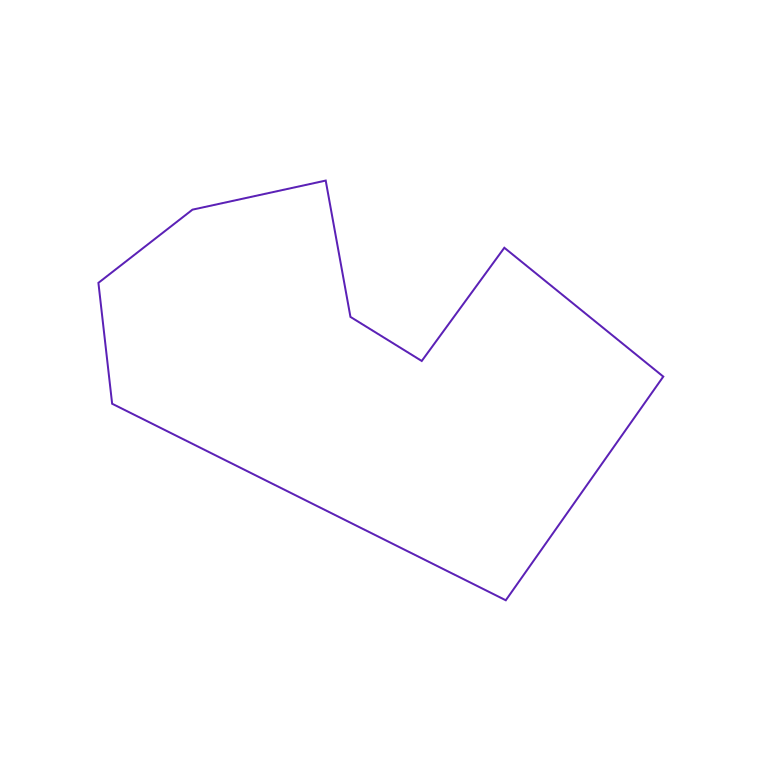 outline of Aiga-i-le-Tai, rotated 59°
{"feature_id": "WSM-4986", "entity_name": "Aiga-i-le-Tai", "entity_type": "state/province", "adm_level": 1, "iso_a3": "WSM", "parent_name": "Samoa", "parent_adm1": "", "projection": "mercator", "projection_center": [-172.029, -13.872], "detail": "fine", "context": "isolated", "style": "outline", "palette": "violet", "viewbox_px": 768, "rotation_deg": 59, "n_neighbors": 0, "source": "natural_earth", "source_scale": "10m", "svg_char_len": 285}
<svg xmlns="http://www.w3.org/2000/svg" viewBox="0 0 768 768"><g transform="rotate(59 384 384)"><path d="M329.2,210.7L521.5,140.8L632.1,391.0L260.9,627.2L150.2,576.7L135.9,458.4L179.6,329.2L309.2,378.2L383.7,339.8L329.2,210.7Z" fill="none" stroke="#5b21b6" stroke-width="2"/></g></svg>